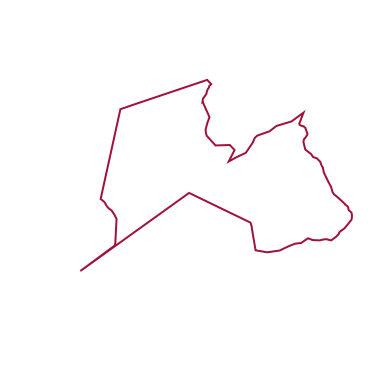 the district of San Juan Coatzóspam, Oaxaca, Mexico, rotated 243°
{"feature_id": "50627088B11377983715698", "entity_name": "San Juan Coatzóspam", "entity_type": "district", "adm_level": 2, "iso_a3": "MEX", "parent_name": "Mexico", "parent_adm1": "Oaxaca", "projection": "equal_earth", "projection_center": [-96.749, 18.072], "detail": "fine", "context": "isolated", "style": "outline", "palette": "rose", "viewbox_px": 384, "rotation_deg": 243, "n_neighbors": 0, "source": "geoboundaries", "source_scale": "gbopen_adm2", "svg_char_len": 1749}
<svg xmlns="http://www.w3.org/2000/svg" viewBox="0 0 384 384"><g transform="rotate(243 192 192)"><path d="M192.5,189.0L138.2,230.2L135.8,229.8L135.2,229.8L129.2,227.8L120.2,225.0L111.2,222.2L109.3,224.7L104.2,231.5L103.0,234.9L100.9,241.1L100.0,243.7L100.0,246.8L99.8,253.8L99.1,260.5L98.2,263.1L97.0,266.0L97.5,269.6L98.1,274.3L95.6,276.6L94.4,277.7L92.2,281.5L91.8,282.3L91.0,283.6L89.9,288.0L89.4,289.1L88.9,290.4L86.8,292.7L85.7,294.1L86.0,296.0L86.2,296.8L86.6,299.6L88.0,303.8L88.3,303.9L89.0,304.8L89.4,305.4L89.7,306.6L90.1,309.9L90.6,311.8L91.3,313.5L92.0,315.1L93.0,317.3L94.0,319.5L94.7,321.1L94.8,321.4L95.8,322.2L97.0,323.1L98.8,324.0L101.0,324.7L101.9,324.5L102.8,324.2L103.8,323.7L104.6,323.5L105.5,323.5L106.8,324.0L107.7,324.2L108.3,324.2L109.1,323.9L110.3,323.3L111.2,322.8L112.3,322.7L119.8,319.9L122.6,318.8L125.3,317.5L128.1,317.2L133.6,318.3L138.7,318.1L144.9,318.2L149.6,318.3L154.4,319.7L155.8,319.5L159.1,319.7L160.5,320.0L165.5,318.5L168.0,315.9L171.8,315.3L178.4,312.2L186.0,314.0L188.1,315.6L189.1,318.1L190.6,320.6L191.9,321.5L192.1,321.4L197.5,322.1L199.9,321.2L200.9,320.0L202.7,318.5L204.1,318.5L212.1,327.4L209.7,312.7L212.5,297.3L210.9,288.5L212.6,275.8L211.7,272.5L208.4,268.5L202.5,257.8L202.8,246.9L202.5,238.6L210.1,249.0L216.7,247.0L222.8,234.1L235.6,230.6L238.8,231.4L241.2,232.3L246.8,237.2L247.5,238.1L250.8,241.6L265.5,242.3L266.9,242.6L267.0,241.9L270.3,244.2L270.8,245.4L271.9,247.5L272.9,249.4L273.9,250.2L274.7,250.7L276.3,252.5L277.3,254.4L278.6,255.5L279.4,258.1L285.0,256.4L296.0,182.0L298.3,165.8L227.2,107.4L226.5,107.8L222.9,109.4L217.6,109.7L215.0,110.5L211.9,112.0L206.7,112.6L202.2,112.5L181.5,100.6L179.4,99.0L172.3,56.6L192.5,189.0Z" fill="none" stroke="#9f1239" stroke-width="2"/></g></svg>